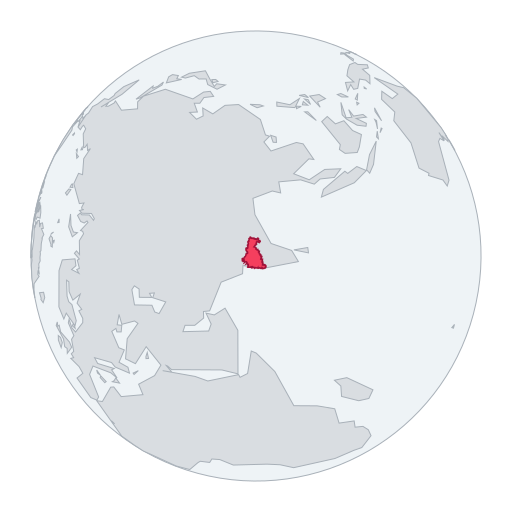 Maharashtra on an orthographic globe, rotated 285°
{"feature_id": "IND-2447", "entity_name": "Maharashtra", "entity_type": "State", "adm_level": 1, "iso_a3": "IND", "parent_name": "India", "parent_adm1": "", "projection": "orthographic", "projection_center": [76.089, 18.818], "detail": "fine", "context": "on_globe", "style": "filled", "palette": "rose", "viewbox_px": 512, "rotation_deg": 285, "n_neighbors": 0, "source": "natural_earth", "source_scale": "10m", "svg_char_len": 14865}
<svg xmlns="http://www.w3.org/2000/svg" viewBox="0 0 512 512"><g transform="rotate(285 256 256)"><circle cx="256" cy="256" r="225" fill="#eef3f6" stroke="#a8b0b8"/><path d="M352.4,52.4L355.4,53.9L352.2,52.4L353.4,53.3L349.0,51.5L339.4,47.2L336.4,46.2L341.0,48.4L339.6,48.7L333.2,45.3L329.9,45.6L313.3,39.9L299.7,35.0L286.9,32.9L282.4,32.3L300.4,35.1L318.2,39.5L335.6,45.2L352.4,52.4ZM246.4,30.9L246.5,30.9L243.7,31.1L241.3,31.2L246.4,30.9ZM354.4,53.7L356.5,54.8L356.2,54.9L354.4,53.7ZM349.2,52.4L348.2,52.6L347.6,51.6L349.2,52.4ZM346.5,52.2L344.0,53.3L348.5,55.4L334.5,50.7L341.2,50.9L339.8,49.2L343.2,51.0L346.5,52.2ZM270.2,31.2L275.0,31.6L268.7,31.3L262.9,30.9L261.3,30.8L260.1,30.9L254.9,30.7L270.2,31.2ZM327.2,48.3L325.1,48.1L325.4,47.5L327.2,48.3ZM247.1,30.9L250.2,30.8L254.3,30.8L248.8,31.1L249.3,30.9L247.1,30.9ZM280.2,32.0L282.3,32.4L277.7,32.2L277.9,32.4L268.9,31.3L280.2,32.0ZM246.9,31.0L245.9,31.3L241.5,31.5L244.4,31.1L246.9,31.0ZM257.7,30.8L259.4,30.9L256.7,30.9L257.7,30.8ZM225.1,33.3L228.8,32.7L231.2,32.6L225.1,33.3ZM245.9,31.4L247.4,31.3L248.8,31.3L247.2,31.6L245.9,31.4ZM266.3,31.4L263.9,31.4L269.7,31.8L266.5,32.0L261.1,31.4L262.1,31.8L261.1,31.9L257.8,31.4L266.3,31.4ZM249.8,32.1L241.8,32.0L234.5,32.8L232.1,32.8L244.3,31.6L249.8,32.1ZM254.8,31.6L251.1,31.8L250.0,31.5L251.8,31.2L254.8,31.6ZM266.3,32.5L272.6,32.3L273.5,32.5L266.3,32.5ZM247.9,32.3L249.8,32.4L247.5,32.4L247.9,32.3ZM260.9,32.4L263.0,32.2L264.0,32.4L260.9,32.4ZM252.0,32.8L249.4,32.7L250.5,32.3L252.0,32.8ZM256.2,32.6L257.2,33.0L252.5,32.3L257.0,32.5L256.2,32.6ZM261.5,32.6L262.8,32.7L260.5,32.7L261.5,32.6ZM249.2,34.4L243.1,33.7L245.6,32.8L251.2,33.6L249.2,34.4ZM32.5,233.3L38.6,197.2L42.0,187.0L47.3,172.9L75.0,139.6L75.7,145.3L91.7,149.6L92.7,152.5L85.3,162.2L92.8,182.7L101.8,175.8L114.2,189.0L126.0,192.4L140.0,173.4L120.8,167.4L122.9,156.6L142.8,153.0L160.4,159.4L161.8,155.5L155.3,144.1L164.1,138.8L153.6,139.7L154.3,144.3L147.8,145.4L146.7,141.3L149.8,139.4L145.9,136.2L131.9,147.2L131.2,153.1L117.9,151.2L115.4,161.1L110.1,164.1L112.3,148.7L115.7,144.0L116.0,126.4L111.2,130.9L110.6,148.2L108.7,146.0L102.2,153.4L105.6,146.0L107.5,127.0L98.6,125.9L79.1,140.5L75.6,139.6L76.5,133.1L91.8,114.7L97.9,119.1L103.4,113.7L109.2,103.6L110.6,106.2L113.7,102.9L116.7,104.6L127.8,99.4L131.9,100.7L142.9,92.0L146.5,91.8L138.9,96.8L135.9,101.4L146.8,105.9L150.9,104.8L157.2,99.1L159.4,101.5L164.1,95.4L173.7,96.1L166.0,90.5L173.2,84.7L182.6,81.9L183.6,79.3L168.3,83.9L163.4,86.9L161.4,90.8L147.0,99.1L141.8,99.2L151.7,87.5L145.4,86.7L155.8,78.8L190.9,69.5L202.1,69.9L206.4,81.9L200.0,84.6L195.2,81.4L193.4,89.5L196.5,86.3L198.4,88.6L205.7,84.5L207.4,86.1L211.6,79.9L214.5,81.3L211.7,85.2L225.1,81.4L232.8,83.7L235.0,82.2L235.2,79.9L244.9,85.0L246.1,83.7L243.4,81.5L244.0,77.7L249.0,73.1L252.0,75.1L250.7,77.0L252.5,84.4L248.4,89.8L250.2,90.2L254.5,86.1L252.3,76.9L254.3,73.7L256.3,77.7L255.8,76.0L257.8,75.0L262.7,76.1L260.9,71.8L278.7,61.3L289.9,63.2L289.7,67.4L305.5,64.4L316.9,68.3L314.3,66.0L320.2,64.0L316.7,62.7L315.9,61.5L329.3,57.5L334.8,58.6L337.7,55.7L336.4,54.8L332.5,53.6L334.5,50.7L348.5,55.4L350.7,57.2L358.0,59.5L362.0,63.8L368.7,68.9L369.0,73.2L374.3,77.4L376.5,77.9L385.4,84.5L395.9,97.6L377.5,84.7L359.8,67.7L366.2,74.0L361.8,72.2L362.3,74.4L367.0,79.3L369.4,80.1L362.0,88.3L367.5,103.5L374.3,101.8L381.3,106.0L393.6,125.3L391.4,154.4L400.8,163.0L403.2,169.2L399.2,173.8L395.6,164.7L389.0,162.2L387.6,156.8L379.9,162.1L377.5,154.7L372.7,163.1L377.6,168.7L385.2,166.2L382.1,177.5L393.5,187.1L397.8,200.0L389.0,224.9L375.4,233.8L375.2,238.1L368.2,234.1L361.3,243.3L376.1,265.6L376.5,272.5L364.2,286.9L363.5,281.9L345.2,271.1L343.4,287.7L357.4,300.0L362.2,315.3L352.2,311.4L347.0,298.0L340.5,293.7L341.1,279.4L333.5,258.8L323.3,263.5L323.0,254.9L310.9,238.1L295.6,244.3L272.0,267.3L270.6,289.0L261.6,298.4L246.3,267.0L243.3,245.9L235.4,247.6L221.7,229.1L191.0,225.4L188.8,219.6L182.5,221.5L173.2,214.8L170.7,205.4L164.0,205.0L171.3,229.7L178.7,230.3L187.9,222.5L188.3,231.0L197.6,239.6L179.5,257.7L137.5,269.1L137.1,252.5L124.4,203.8L126.8,199.2L126.9,198.6L127.0,197.6L122.0,204.8L121.1,195.5L123.9,228.3L122.8,241.8L136.9,269.9L134.7,272.0L140.3,278.3L163.0,276.0L162.3,281.3L149.3,304.1L121.2,331.3L127.1,353.9L128.8,371.6L116.1,379.5L122.1,393.5L116.3,396.0L119.1,403.4L117.2,409.5L112.2,413.6L98.4,407.8L93.6,400.8L80.8,384.6L61.3,347.2L60.6,333.3L57.8,320.5L48.2,288.2L50.0,273.7L48.5,265.9L44.6,264.7L43.3,255.3L41.4,253.4L32.6,247.3L32.5,233.3ZM59.5,158.9L57.3,162.9L59.5,158.9ZM175.3,177.3L188.3,180.7L189.0,167.0L194.0,167.4L192.4,162.8L189.0,166.0L185.9,154.0L193.9,151.6L195.7,146.2L191.4,144.8L177.3,151.3L181.5,168.2L175.7,172.7L175.3,177.3ZM128.0,85.6L126.7,88.3L122.2,91.3L117.1,91.5L123.6,86.9L128.0,85.6ZM126.0,91.6L137.2,81.0L140.9,81.1L136.9,82.7L138.2,83.8L132.2,86.9L124.6,98.1L120.1,101.6L113.1,98.9L117.9,97.5L118.9,94.7L126.0,91.6ZM159.6,59.4L164.5,56.4L166.0,60.2L161.2,62.7L155.8,62.5L158.3,59.5L159.6,59.4ZM216.3,34.3L223.8,33.1L234.2,31.8L236.4,31.6L239.7,31.4L238.9,31.7L236.5,32.0L235.0,31.9L232.8,32.4L228.7,32.6L226.6,33.0L207.9,36.0L209.0,35.7L196.7,38.7L195.6,39.0L216.3,34.3ZM227.7,43.4L226.9,41.7L221.9,45.5L217.8,44.6L217.5,45.1L212.3,45.4L205.4,46.9L204.4,46.3L202.2,47.2L198.7,47.7L195.3,48.8L192.2,48.2L187.8,49.7L188.9,48.7L182.1,51.5L185.7,49.2L181.6,50.0L180.3,51.8L171.8,48.8L165.5,50.4L158.2,53.3L165.4,49.8L176.8,45.2L189.2,41.3L194.2,40.7L196.6,39.6L199.7,39.1L196.5,40.2L203.2,38.3L205.0,38.3L215.9,36.8L224.6,34.8L228.8,34.4L226.3,35.3L232.2,34.4L230.4,35.9L233.3,35.8L234.5,37.5L227.9,39.6L231.7,39.5L232.7,41.2L227.7,43.4ZM249.2,34.9L242.3,36.9L236.6,37.6L237.0,34.5L234.6,34.3L234.7,33.0L242.9,32.2L242.1,32.6L243.3,32.8L240.2,33.0L243.5,33.1L242.6,33.7L244.9,34.1L242.0,34.6L249.2,34.9ZM97.4,149.8L98.8,151.2L101.9,152.1L97.9,157.1L97.4,149.8ZM98.3,136.9L100.1,137.0L95.9,143.8L94.5,142.7L98.3,136.9ZM104.7,131.6L100.6,136.5L101.9,133.2L104.7,131.6ZM141.0,96.8L143.4,96.9L142.2,98.4L139.3,100.1L141.0,96.8ZM211.9,56.9L212.4,55.3L214.0,55.0L219.1,51.6L222.6,52.4L220.8,54.8L211.9,56.9ZM134.7,175.9L129.2,178.7L128.4,176.3L130.4,175.7L134.7,175.9ZM111.1,167.6L114.8,172.0L110.0,168.9L111.1,167.6ZM216.6,57.2L218.3,55.7L219.0,57.1L216.6,57.2ZM225.4,52.9L226.8,54.3L223.6,52.1L225.4,52.9ZM237.5,463.7L241.3,465.4L237.4,465.4L237.5,463.7ZM162.0,375.2L157.0,403.6L147.6,401.9L142.8,392.7L142.5,375.0L152.4,371.6L156.3,363.9L162.0,375.2ZM407.2,343.9L412.0,343.8L411.7,344.8L407.2,343.9ZM402.2,341.6L408.0,340.8L400.9,343.9L402.2,341.6ZM410.2,340.5L416.1,337.4L418.6,335.3L418.0,337.4L410.2,340.5ZM398.1,342.4L374.9,345.8L365.4,344.4L367.9,340.5L383.3,339.4L398.1,342.4ZM367.1,340.5L352.2,332.0L329.8,303.9L337.8,303.9L360.9,319.9L359.5,323.2L368.5,330.2L367.1,340.5ZM402.2,316.8L400.6,326.4L388.1,327.6L382.2,327.0L378.2,315.5L380.5,309.0L385.4,308.6L402.8,284.7L409.2,288.7L404.2,298.5L409.4,305.9L402.2,316.8ZM271.7,291.0L277.6,303.8L272.6,305.9L271.7,291.0ZM408.7,268.7L402.5,279.2L407.8,265.7L408.7,268.7ZM411.2,256.4L412.2,261.0L408.8,257.0L411.2,256.4ZM376.1,244.6L371.0,246.4L370.3,243.1L376.4,238.9L376.1,244.6ZM401.0,211.0L403.1,220.7L402.8,224.2L399.5,218.7L401.0,211.0ZM248.6,66.0L237.6,69.4L231.9,73.4L232.3,77.5L227.0,73.6L235.7,67.5L248.6,66.0ZM274.7,61.4L274.3,58.5L277.6,59.3L278.1,60.1L274.7,61.4ZM272.2,60.0L265.8,57.6L267.6,55.6L272.3,57.9L272.2,60.0ZM240.9,56.2L237.4,57.1L236.9,55.8L240.9,56.2ZM411.2,419.3L409.4,421.0L415.1,415.1L418.2,412.3L414.7,415.9L411.2,419.3ZM413.8,402.7L379.2,422.8L373.1,422.6L377.8,416.9L378.4,401.8L380.7,401.7L383.1,390.7L405.4,376.4L422.3,354.1L431.0,352.8L439.8,336.8L447.7,334.9L443.3,346.9L449.1,351.1L458.9,324.0L456.6,348.4L456.8,355.1L450.0,370.4L427.9,401.6L420.7,409.4L421.9,407.6L418.2,411.3L416.3,411.9L420.3,404.5L416.5,408.1L422.6,400.7L415.9,407.9L417.2,403.2L413.8,402.7ZM476.8,300.7L476.6,301.5L477.0,299.7L476.8,300.5L476.8,300.7ZM419.1,342.3L426.4,333.6L429.8,332.1L419.1,342.3ZM477.0,299.1L476.7,299.8L477.0,298.2L477.0,299.1ZM477.6,295.7L477.9,293.8L477.3,297.9L477.6,295.7ZM477.4,292.9L477.5,295.4L477.3,293.4L477.4,292.9ZM476.9,294.0L476.6,293.2L476.7,292.5L476.9,294.0ZM467.4,304.6L469.5,314.1L466.7,315.8L464.0,310.5L459.9,319.1L451.9,321.5L454.3,316.4L453.7,310.2L444.2,310.9L442.3,307.2L446.1,303.1L439.2,301.8L446.8,297.5L449.5,305.5L453.6,297.2L459.8,296.5L465.1,296.9L468.5,301.5L467.4,304.6ZM446.0,317.1L447.2,316.7L445.9,319.7L446.0,317.1ZM475.8,289.6L476.4,292.9L476.1,294.1L475.8,294.0L475.8,289.6ZM469.5,299.4L473.5,289.7L474.2,289.3L471.4,299.2L469.5,299.4ZM472.9,285.5L474.4,285.4L474.9,289.0L474.5,290.3L472.9,285.5ZM430.6,313.4L430.2,315.9L428.1,314.6L430.6,313.4ZM433.4,311.2L439.5,312.2L432.8,313.5L433.4,311.2ZM412.8,307.3L414.8,312.7L421.4,307.6L416.4,314.1L420.4,322.7L418.7,326.7L414.8,317.2L412.7,328.3L409.8,328.7L408.5,319.8L411.7,307.9L414.7,302.7L426.4,298.2L412.8,307.3ZM433.5,304.1L431.8,297.7L433.0,292.8L434.9,295.9L433.5,304.1ZM426.0,282.4L420.6,275.6L416.3,279.5L424.4,266.5L428.3,275.2L426.0,282.4ZM420.5,265.9L416.5,269.5L420.2,262.2L420.5,265.9ZM415.1,267.1L414.0,261.6L417.5,261.7L415.1,267.1ZM422.6,265.7L422.3,256.1L424.6,261.3L422.6,265.7ZM410.9,249.6L419.4,257.2L409.4,255.2L406.1,237.4L410.1,236.2L410.9,249.6ZM414.8,174.2L412.2,169.5L415.0,167.7L416.1,171.4L414.8,174.2ZM421.8,159.2L414.9,165.7L409.0,171.8L412.2,173.5L413.3,182.2L407.0,175.2L409.1,165.0L414.1,162.0L412.2,155.1L414.2,149.7L409.6,141.7L409.5,137.8L415.3,144.4L421.8,159.2ZM407.3,138.5L400.0,124.6L406.5,125.3L409.6,128.4L410.2,134.3L406.7,133.6L407.3,138.5ZM400.1,121.6L396.7,120.9L378.6,103.0L376.4,99.5L393.6,112.6L391.3,112.8L394.6,117.3L400.1,121.6ZM327.2,49.1L325.3,48.2L327.8,48.8L327.2,49.1ZM313.8,60.9L313.2,59.4L316.1,59.9L313.8,60.9ZM313.0,55.8L310.2,56.2L311.9,54.9L313.0,55.8ZM304.0,57.6L308.4,56.0L306.1,58.8L304.0,57.6Z" fill="#d9dde1" stroke="#a8b0b8" stroke-width="1"/><path d="M247.0,268.1L246.8,268.0L246.8,267.8L246.6,267.5L246.2,267.0L246.2,266.9L246.3,266.9L246.0,266.8L246.1,266.4L246.0,266.6L246.0,266.1L245.9,266.1L245.8,265.6L245.7,265.6L245.8,265.4L245.6,265.3L245.5,264.9L245.8,265.0L245.7,264.9L245.8,264.8L245.6,264.8L245.5,264.6L245.8,264.6L245.7,264.5L245.6,264.3L245.5,264.1L245.5,263.8L245.4,263.6L245.5,263.1L245.3,263.0L245.3,262.9L245.3,262.2L245.1,261.9L245.3,261.9L245.1,261.5L245.1,261.2L244.9,260.9L245.2,260.8L244.9,260.7L244.8,260.3L244.9,260.2L244.5,259.3L244.6,259.2L244.6,258.9L244.5,259.0L244.4,258.9L244.3,258.3L244.2,258.2L244.4,258.2L244.7,258.2L244.7,258.3L244.7,258.2L244.4,257.9L244.2,257.7L244.1,257.4L244.1,257.1L244.3,257.0L244.5,257.3L244.3,256.9L244.2,256.9L244.0,256.4L244.0,256.0L244.2,255.9L244.5,256.2L244.6,255.9L244.4,255.8L244.4,255.7L244.1,255.6L244.3,255.4L244.5,255.3L244.3,255.3L244.7,255.2L244.5,254.9L244.4,254.8L244.4,254.5L244.3,255.0L244.1,255.2L243.9,255.6L243.8,255.3L243.7,255.4L243.8,255.2L243.8,254.9L243.9,254.5L243.7,254.5L243.9,254.2L243.7,254.4L243.7,253.9L244.4,254.0L244.6,254.4L244.5,254.0L244.2,254.0L243.9,253.8L243.7,253.7L243.6,253.3L244.1,253.1L243.8,253.1L243.6,252.9L243.6,253.0L243.4,252.3L243.5,252.4L243.5,252.2L243.4,252.2L243.3,251.8L243.4,251.4L243.5,251.2L243.5,250.9L243.8,250.8L244.1,250.8L244.4,250.8L244.6,251.1L244.8,251.1L245.0,251.0L245.2,250.8L245.5,250.8L245.5,250.5L246.0,250.6L246.1,250.2L246.0,249.9L245.9,249.8L246.3,249.2L246.1,248.8L246.0,248.7L246.8,248.9L246.9,249.1L247.2,249.1L247.5,248.9L247.6,248.6L247.9,248.4L248.0,247.8L247.8,247.5L247.3,246.9L247.0,246.9L246.7,246.6L247.2,246.7L247.5,246.6L247.6,246.2L247.8,246.3L248.0,246.2L248.2,245.8L248.5,245.6L248.8,245.6L249.2,245.5L249.5,245.3L249.4,245.1L249.1,245.2L248.9,245.1L247.7,245.4L247.5,245.0L247.7,244.9L247.8,244.7L247.7,244.5L247.7,244.1L248.2,243.9L248.6,243.7L248.9,243.6L249.3,243.7L249.9,243.4L250.2,243.7L250.2,244.2L250.2,244.5L250.6,244.8L251.0,245.0L251.5,245.0L252.1,245.2L252.3,245.3L252.5,245.7L253.2,245.9L254.0,246.0L255.2,245.9L256.0,246.0L256.2,246.3L256.2,246.7L256.1,246.8L256.3,247.1L256.7,247.1L257.2,247.0L257.5,246.7L258.0,246.6L258.1,246.4L258.0,246.0L258.3,245.8L258.5,245.5L258.6,245.1L259.0,245.0L259.4,244.7L259.7,244.6L260.0,244.6L260.5,244.4L261.1,244.4L261.3,244.6L261.4,245.2L260.9,245.3L261.1,245.9L261.4,245.9L261.7,245.8L261.9,245.9L262.2,245.7L262.7,245.8L263.3,245.6L263.7,245.2L264.1,245.1L264.3,244.9L264.5,245.0L264.6,245.4L264.8,245.3L265.3,245.5L265.9,245.4L266.3,245.3L266.4,245.2L266.5,245.0L267.4,244.8L267.5,244.5L268.4,244.7L268.6,244.9L268.7,245.2L269.0,245.0L269.4,245.0L269.6,245.0L270.2,245.1L270.3,245.1L270.6,245.0L271.0,244.7L271.4,245.0L271.5,245.2L271.8,245.3L271.8,245.5L272.1,245.6L272.6,245.9L272.8,245.8L272.8,246.0L272.6,246.2L272.0,246.6L271.9,247.1L272.0,247.5L272.3,247.5L272.5,248.5L272.2,248.6L272.2,248.8L272.3,248.8L272.5,248.7L272.6,248.8L272.7,249.1L272.7,249.3L272.7,249.9L272.4,250.1L272.0,250.2L272.0,250.6L272.4,250.6L272.5,251.0L272.4,251.5L272.1,251.4L272.0,251.6L272.0,252.0L272.3,251.9L272.6,252.2L272.9,252.4L273.1,252.7L273.6,252.9L273.8,253.1L273.8,253.3L273.7,253.4L273.5,253.5L273.2,254.0L273.0,253.8L272.8,253.8L272.6,253.5L272.0,254.1L271.9,254.6L271.5,255.2L271.6,255.4L271.8,255.8L271.5,256.0L271.2,256.3L270.9,256.3L270.6,256.0L270.2,255.8L270.4,255.7L270.4,255.4L270.3,254.9L270.0,254.9L270.1,254.6L270.3,254.5L270.2,254.1L270.3,253.9L270.4,253.5L270.2,253.2L269.7,252.8L269.1,252.9L268.9,253.2L268.3,253.1L268.1,252.9L267.8,252.9L267.5,253.4L267.1,253.1L266.8,253.1L266.5,252.8L266.3,252.7L266.2,252.3L266.0,252.2L265.7,252.2L265.3,252.0L265.0,252.0L264.8,252.1L264.6,252.0L264.5,251.8L264.3,251.7L264.3,251.9L264.6,252.4L264.3,252.7L264.2,253.0L264.2,253.3L263.9,253.5L263.7,253.8L263.7,254.2L263.3,254.2L263.0,254.0L262.8,254.0L262.6,254.1L262.6,254.4L262.5,254.8L262.2,255.1L262.2,255.3L262.5,255.5L262.8,255.9L262.5,256.0L262.3,256.4L262.0,256.5L262.0,256.9L261.6,257.0L261.4,257.5L261.5,257.8L261.5,258.0L261.3,258.0L261.0,258.1L260.7,257.8L260.6,257.4L260.4,257.4L260.3,257.6L260.2,257.9L259.8,258.2L259.7,258.4L259.0,258.6L258.9,259.6L258.4,259.6L258.5,259.9L258.3,260.0L258.2,260.4L257.9,260.1L257.6,260.1L257.1,260.6L256.8,260.8L256.9,261.1L256.9,261.3L257.1,261.7L257.0,261.8L256.6,261.7L256.3,261.7L256.1,261.6L255.4,261.9L255.2,261.5L254.8,261.7L254.7,261.5L254.4,261.3L254.2,261.3L254.0,261.6L254.1,262.0L254.2,262.5L254.3,262.8L254.2,262.9L254.3,263.1L254.0,263.1L253.7,263.3L253.3,263.2L252.9,263.3L252.8,263.5L252.5,263.7L252.3,263.6L252.1,263.3L251.8,263.3L251.6,263.6L251.3,263.7L251.4,264.1L251.1,264.0L250.7,264.3L250.6,264.5L250.2,264.9L250.1,264.6L249.8,264.5L249.7,264.7L249.5,264.9L249.3,264.8L249.2,265.0L249.0,264.9L249.0,265.1L249.3,265.3L249.5,265.5L249.3,265.6L249.3,265.9L249.5,265.9L249.8,266.1L249.9,266.6L249.6,266.8L249.7,267.1L249.4,267.6L249.5,267.7L249.3,268.0L248.9,268.1L248.8,267.9L248.5,268.3L248.1,268.5L247.9,268.5L247.7,268.1L247.5,267.9L247.3,268.0L247.0,268.1Z" fill="#f43f5e" stroke="#9f1239" stroke-width="1.5"/></g></svg>